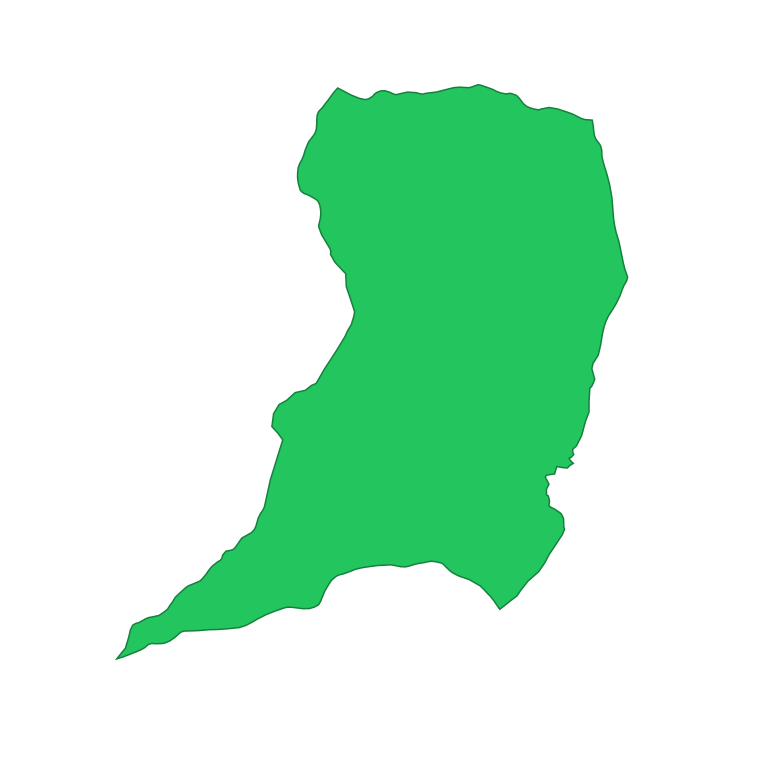 Dopshari, Paro, Bhutan (orthographic projection), rotated 278°
{"feature_id": "84629894B98882308612415", "entity_name": "Dopshari", "entity_type": "district", "adm_level": 2, "iso_a3": "BTN", "parent_name": "Bhutan", "parent_adm1": "Paro", "projection": "orthographic", "projection_center": [89.434, 27.456], "detail": "fine", "context": "isolated", "style": "filled", "palette": "green", "viewbox_px": 768, "rotation_deg": 278, "n_neighbors": 0, "source": "geoboundaries", "source_scale": "gbopen_adm2", "svg_char_len": 4369}
<svg xmlns="http://www.w3.org/2000/svg" viewBox="0 0 768 768"><g transform="rotate(278 384 384)"><path d="M670.7,297.0L666.4,294.1L662.1,291.7L657.2,289.1L653.2,286.7L649.2,284.6L644.8,281.4L641.0,280.4L636.1,280.7L631.2,281.3L626.7,281.5L622.8,280.8L620.3,279.6L616.0,277.2L613.7,275.8L610.3,274.8L605.1,273.5L599.2,272.6L594.5,271.4L590.7,269.9L586.3,268.9L580.6,269.1L576.1,269.7L571.5,271.0L566.9,272.9L564.2,274.2L562.8,275.9L561.5,278.5L560.5,282.9L559.0,286.9L557.9,289.6L556.5,292.4L554.8,294.0L552.0,295.6L548.6,296.7L544.4,297.7L538.7,297.9L535.3,297.6L532.8,297.3L530.0,297.7L523.1,301.5L516.1,307.1L512.5,310.1L509.9,312.0L507.3,313.0L504.8,313.0L497.6,318.6L487.8,330.8L475.2,333.1L463.5,339.0L451.6,344.8L447.5,344.8L438.5,343.4L431.8,340.6L425.4,338.7L411.2,332.6L402.8,328.7L390.5,322.9L375.2,316.8L372.4,312.3L366.8,307.0L363.1,297.2L354.1,289.7L349.1,283.0L339.3,278.8L326.2,278.9L320.4,285.9L314.6,291.5L273.3,284.8L246.2,282.7L243.8,282.2L240.7,280.9L238.8,279.8L234.0,278.2L230.0,277.6L225.1,276.9L221.9,275.9L218.5,273.6L215.0,269.1L211.9,264.9L209.7,263.6L207.6,262.6L201.3,259.4L199.1,257.6L198.0,255.4L196.5,250.8L192.3,248.1L188.6,247.7L186.6,246.4L184.8,244.1L180.3,239.8L177.5,237.7L174.1,235.9L170.2,233.9L165.3,230.8L163.3,229.2L160.1,223.9L156.9,218.4L154.8,216.1L148.9,211.1L144.1,207.3L141.1,205.8L138.8,204.9L135.1,202.9L130.7,200.9L127.7,198.1L125.9,196.0L123.5,193.4L121.2,187.2L119.9,183.3L118.0,180.2L115.9,177.6L113.6,174.4L112.3,171.4L110.1,168.7L104.8,167.0L98.0,166.5L86.5,164.7L74.6,157.6L77.7,164.1L85.3,177.6L87.4,180.9L89.7,183.8L93.1,186.7L94.7,190.0L95.0,194.0L96.0,199.9L97.0,203.1L98.5,205.6L99.9,207.8L104.1,212.3L109.9,217.2L111.5,220.4L113.0,229.2L114.0,234.7L116.5,245.8L117.4,251.5L118.6,257.4L120.0,263.9L121.7,270.7L122.6,274.5L125.7,280.8L130.1,287.0L133.7,291.4L139.3,299.5L141.3,303.0L144.0,307.8L148.5,316.7L149.5,319.4L150.0,323.2L150.1,325.5L150.2,335.2L150.8,338.5L151.3,341.6L153.4,346.1L156.2,349.9L160.0,351.5L162.9,352.2L167.2,353.3L170.4,354.1L175.4,356.1L179.8,358.1L182.2,359.3L184.7,361.3L186.9,363.4L188.5,365.7L190.4,370.4L193.8,376.8L196.6,381.6L199.1,388.1L200.1,391.4L201.3,395.5L203.5,403.5L204.3,408.0L205.5,413.9L205.9,416.1L205.8,419.6L205.4,426.2L205.9,430.7L206.8,433.3L209.5,439.1L211.3,443.7L212.7,448.6L214.0,451.8L215.1,455.6L215.2,459.6L214.7,465.7L213.5,468.3L211.5,470.7L208.5,474.9L206.9,477.5L205.4,481.4L204.1,485.6L203.3,489.8L202.1,495.7L199.5,502.3L197.4,507.5L194.3,511.7L191.1,515.5L188.9,518.5L184.3,523.3L177.0,530.0L181.9,534.7L186.0,538.5L187.6,540.1L191.1,543.6L192.8,545.3L198.3,547.9L209.1,554.2L211.6,556.4L219.7,563.3L229.3,568.1L231.8,569.0L234.9,570.1L238.0,571.2L247.5,575.8L256.2,579.9L259.4,581.5L265.3,583.0L267.6,581.9L270.8,581.4L275.7,580.5L278.2,579.0L280.4,577.3L281.6,575.0L282.6,572.9L283.8,570.6L284.9,567.0L286.5,564.1L290.7,564.3L293.0,563.5L296.0,562.3L296.9,560.3L299.5,560.0L302.4,559.5L307.7,561.3L310.8,559.2L314.3,556.6L316.4,557.8L318.7,565.5L323.1,566.1L326.3,566.6L326.1,570.6L326.1,574.2L326.4,577.4L328.8,579.0L331.8,582.5L334.1,579.2L336.4,577.6L337.5,579.6L340.6,581.7L343.2,580.2L345.8,580.1L349.5,583.2L360.4,586.9L375.0,588.7L379.0,589.6L384.9,590.9L395.0,589.5L408.6,588.4L410.3,589.9L414.3,591.2L418.1,592.0L428.1,587.7L433.4,588.1L442.6,592.2L452.9,593.1L461.8,593.3L466.2,593.5L472.2,594.1L477.6,595.2L482.9,596.9L489.7,600.1L496.3,602.9L503.8,605.3L509.1,606.4L514.4,607.7L519.4,609.8L523.7,610.4L531.3,606.5L536.7,604.3L550.0,599.6L557.0,597.1L566.6,592.7L573.1,590.3L579.5,588.4L589.3,586.2L600.1,583.8L612.5,579.8L622.2,575.8L632.7,570.9L639.4,568.2L642.9,567.6L645.7,567.1L649.5,565.6L651.4,564.3L654.3,561.3L656.3,559.5L659.4,557.8L664.0,556.4L668.3,555.4L674.3,553.5L673.8,546.3L674.5,542.0L675.6,538.9L677.6,533.1L679.1,525.7L680.5,517.6L680.8,508.9L678.3,501.7L677.0,498.9L677.2,494.3L677.8,490.0L678.9,486.4L681.1,482.9L685.4,478.6L688.2,475.1L688.7,472.9L689.5,468.8L688.2,464.3L688.5,458.9L689.5,454.5L690.8,450.9L692.2,444.4L693.4,438.1L693.4,435.2L691.3,431.4L689.3,427.2L688.4,417.2L687.3,412.2L685.2,406.9L680.4,395.2L677.6,384.8L676.3,381.7L676.5,378.7L677.0,375.2L676.3,366.5L673.9,360.1L672.2,355.7L672.5,353.0L673.6,349.5L674.6,343.8L673.7,339.8L671.8,336.4L669.9,334.3L667.1,332.6L664.0,328.6L663.0,325.6L663.5,319.5L665.6,311.1L670.7,297.0Z" fill="#22c55e" stroke="#15803d" stroke-width="1.5"/></g></svg>